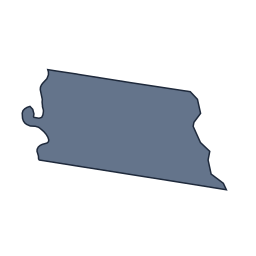 Douglas, Nebraska, United States of America, rotated 189°
{"feature_id": "52423323B70861004931924", "entity_name": "Douglas", "entity_type": "district", "adm_level": 2, "iso_a3": "USA", "parent_name": "United States of America", "parent_adm1": "Nebraska", "projection": "natural_earth1", "projection_center": [-96.018, 41.292], "detail": "fine", "context": "isolated", "style": "filled", "palette": "slate", "viewbox_px": 256, "rotation_deg": 189, "n_neighbors": 0, "source": "geoboundaries", "source_scale": "gbopen_adm2", "svg_char_len": 1055}
<svg xmlns="http://www.w3.org/2000/svg" viewBox="0 0 256 256"><g transform="rotate(189 128 128)"><path d="M21.2,82.4L25.2,88.3L38.7,95.5L43.9,108.9L43.6,117.7L54.2,125.0L63.9,139.8L63.8,143.9L58.6,153.8L63.9,167.2L72.2,173.6L118.8,173.3L132.5,173.2L159.9,173.2L180.5,173.2L185.7,173.2L186.9,173.3L207.6,173.1L210.6,173.1L216.4,173.1L215.4,171.0L214.9,168.1L215.8,164.0L219.3,158.8L220.2,157.0L220.8,154.8L220.8,153.8L220.6,152.0L218.6,146.7L217.1,142.8L216.9,140.1L215.9,136.4L215.8,135.6L214.4,132.6L214.1,130.9L214.1,128.5L214.1,127.7L214.9,125.0L217.4,123.7L222.6,123.8L223.1,124.4L223.1,127.2L225.0,131.5L228.2,134.0L230.9,132.6L232.9,130.9L234.3,128.9L234.4,128.7L234.8,126.1L233.7,121.1L232.4,118.6L230.7,116.8L228.7,115.7L224.9,114.7L219.7,115.2L216.8,114.8L215.5,114.3L210.6,111.3L207.9,109.0L205.7,106.4L204.4,103.8L204.4,102.2L205.1,101.0L206.0,100.3L210.0,98.5L212.0,97.1L213.6,95.2L214.4,92.8L214.2,90.7L212.1,86.4L211.5,83.5L210.6,82.5L166.8,82.5L106.0,82.5L71.7,82.5L21.2,82.4Z" fill="#64748b" stroke="#1e293b" stroke-width="1.5"/></g></svg>